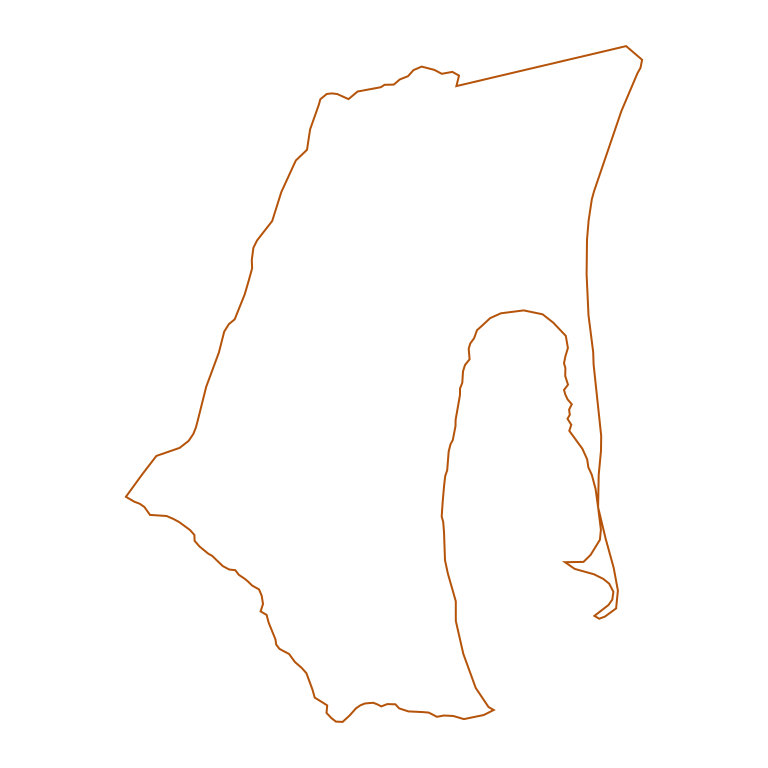 the district of Tapes, Rio Grande do Sul, Brazil
{"feature_id": "56859067B78900778631791", "entity_name": "Tapes", "entity_type": "district", "adm_level": 2, "iso_a3": "BRA", "parent_name": "Brazil", "parent_adm1": "Rio Grande do Sul", "projection": "orthographic", "projection_center": [-51.425, -30.676], "detail": "fine", "context": "isolated", "style": "outline", "palette": "amber", "viewbox_px": 768, "rotation_deg": 0, "n_neighbors": 0, "source": "geoboundaries", "source_scale": "gbopen_adm2", "svg_char_len": 2542}
<svg xmlns="http://www.w3.org/2000/svg" viewBox="0 0 768 768"><path d="M381.3,706.4L387.2,704.1L395.4,704.3L399.2,708.4L408.4,711.4L423.1,712.1L428.8,712.6L436.9,716.8L444.0,715.5L453.3,716.0L463.9,719.1L483.8,715.0L493.7,710.0L488.5,707.0L475.7,687.9L463.3,653.8L455.8,620.9L455.8,601.3L447.9,573.7L445.0,560.2L444.0,531.9L443.2,521.9L441.7,516.6L442.6,502.8L444.1,485.6L445.2,476.1L447.2,470.2L448.7,451.3L450.5,444.3L452.8,440.0L455.5,426.1L455.6,419.9L460.0,394.9L460.0,388.6L462.3,382.7L462.6,377.9L463.0,371.4L465.0,365.0L469.6,359.3L468.7,348.7L470.3,343.4L474.1,338.2L477.0,330.2L483.0,324.8L490.2,318.1L500.9,313.3L523.7,310.4L542.6,314.3L553.3,322.7L565.8,335.9L567.9,348.0L565.4,356.3L564.0,363.2L565.4,368.1L565.2,375.9L568.0,384.7L564.0,390.0L565.4,394.7L567.6,399.4L571.8,404.3L569.1,409.6L569.8,414.8L567.5,418.8L571.3,424.8L569.3,430.8L582.4,448.8L587.2,459.4L588.3,467.2L591.8,474.8L595.6,489.1L598.1,507.3L598.7,474.9L601.0,450.7L601.2,435.9L593.6,364.5L593.2,352.2L588.5,315.3L586.6,274.2L587.0,239.8L588.6,220.7L591.8,199.4L594.0,191.4L621.3,111.3L637.4,73.4L640.5,67.8L642.1,59.8L626.1,46.1L456.4,86.1L459.0,75.6L452.4,71.9L441.8,73.8L434.4,69.9L421.7,66.6L413.5,70.1L408.0,76.2L399.7,79.5L393.8,84.6L384.5,84.8L380.9,87.2L357.6,91.5L348.5,99.1L337.1,94.0L331.8,93.4L326.7,94.0L320.3,99.3L318.9,104.5L310.1,129.4L307.0,149.8L295.9,160.4L293.0,166.6L281.3,192.1L272.2,221.0L257.0,240.5L253.4,247.8L251.8,259.9L252.1,268.4L248.3,282.1L244.7,294.4L234.7,319.3L228.9,324.1L224.2,331.6L218.9,352.5L206.2,386.8L197.7,420.7L195.9,427.5L193.3,434.0L188.6,440.9L179.6,447.9L156.4,455.9L142.1,474.5L125.9,496.8L134.3,501.7L139.8,503.8L144.4,507.0L150.0,514.9L166.6,516.0L173.7,519.1L179.2,522.1L190.1,530.1L194.4,535.0L194.6,540.8L199.5,546.5L208.3,553.7L212.1,555.8L215.6,559.2L222.8,566.1L229.2,569.5L235.3,570.2L238.9,574.9L244.6,578.7L248.0,581.5L252.2,585.6L259.0,589.4L261.7,595.7L263.0,604.0L260.6,611.4L266.6,614.9L268.6,622.5L275.5,639.5L276.2,644.6L279.4,648.8L284.1,651.4L289.0,653.9L295.0,662.1L301.9,668.1L306.4,673.2L312.5,689.7L314.7,697.6L321.8,702.0L327.2,705.4L326.5,712.9L331.3,718.0L335.9,721.6L342.6,721.9L349.6,715.5L356.0,708.3L360.4,705.3L364.9,703.5L369.0,703.1L373.3,702.8L377.2,704.3L381.3,706.4ZM598.1,507.3L600.9,529.7L599.9,539.8L590.6,554.9L583.5,561.9L565.0,562.2L574.7,568.9L594.0,574.3L603.3,578.9L609.2,583.7L613.4,591.8L612.3,599.6L608.5,605.0L594.4,615.9L599.2,618.7L604.9,616.6L616.1,608.4L617.9,590.6L613.7,567.9L605.6,538.5L598.1,507.3Z" fill="none" stroke="#b45309" stroke-width="2"/></svg>